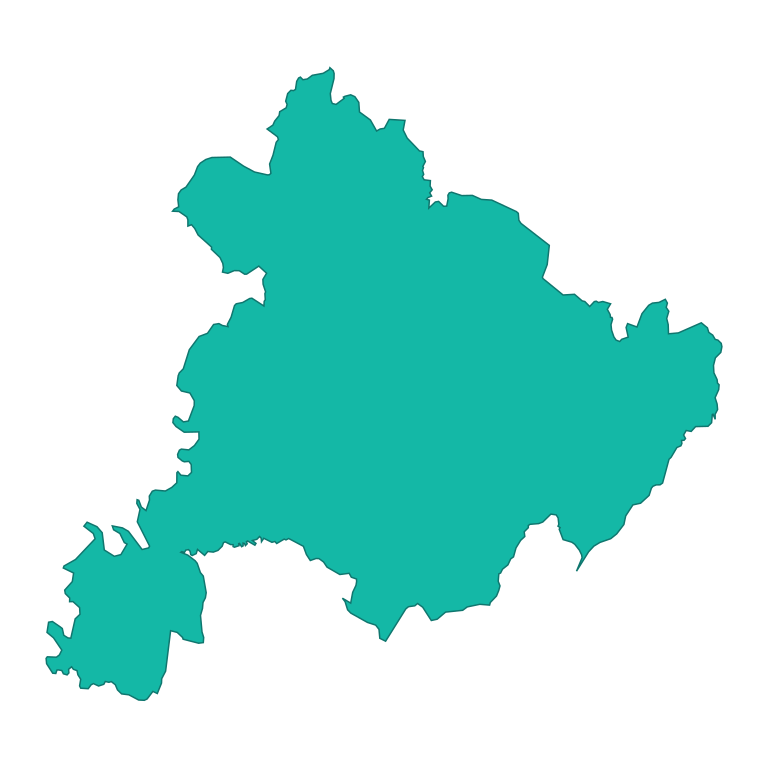 Coatzingo, Puebla, Mexico (Natural Earth projection)
{"feature_id": "50627088B82635679663989", "entity_name": "Coatzingo", "entity_type": "district", "adm_level": 2, "iso_a3": "MEX", "parent_name": "Mexico", "parent_adm1": "Puebla", "projection": "natural_earth1", "projection_center": [-98.173, 18.574], "detail": "fine", "context": "isolated", "style": "filled", "palette": "teal", "viewbox_px": 768, "rotation_deg": 0, "n_neighbors": 0, "source": "geoboundaries", "source_scale": "gbopen_adm2", "svg_char_len": 6056}
<svg xmlns="http://www.w3.org/2000/svg" viewBox="0 0 768 768"><path d="M47.3,656.8L46.1,658.4L46.6,663.7L52.7,673.2L55.8,673.5L56.9,670.1L58.2,669.9L61.8,670.5L63.4,673.8L67.1,674.9L68.9,672.9L68.6,669.3L71.6,666.8L73.4,669.3L77.0,670.6L77.9,674.8L80.7,679.2L79.6,685.9L80.7,688.2L88.2,688.7L91.1,684.8L93.4,683.6L98.6,686.0L103.8,684.3L105.3,681.5L108.9,682.3L111.3,681.6L115.3,684.7L117.5,689.9L121.6,693.9L128.8,694.8L138.6,700.0L144.3,700.3L147.1,699.0L152.9,691.4L157.3,693.5L161.5,683.1L161.7,678.7L165.6,671.2L170.6,630.7L177.2,632.4L182.6,637.5L183.1,639.2L198.6,643.2L203.3,642.6L203.7,637.5L202.0,631.9L200.5,615.4L202.5,608.4L203.0,602.5L205.4,597.8L206.2,592.7L203.3,576.1L200.4,572.6L197.2,563.3L195.1,560.7L187.8,555.1L180.8,552.3L181.7,551.6L184.5,552.3L185.8,550.1L188.5,549.6L190.1,551.3L190.7,554.6L192.2,555.5L196.2,553.6L197.5,549.4L204.6,555.4L207.8,551.5L213.3,552.1L218.0,550.4L222.2,546.2L223.5,542.6L225.2,541.9L230.7,544.6L233.1,544.6L233.1,546.6L234.5,547.2L239.0,545.7L238.7,543.6L239.5,543.4L241.6,546.7L243.1,545.9L243.1,543.1L244.5,543.5L245.4,545.6L247.2,543.8L246.4,541.7L247.6,541.0L254.9,545.2L256.0,543.4L252.4,540.5L256.9,539.3L259.6,536.5L261.2,538.2L261.5,541.7L263.8,538.3L271.9,542.3L274.9,541.5L276.7,543.5L284.2,539.1L286.0,539.9L288.7,538.5L303.4,546.3L306.4,554.5L310.3,560.5L316.0,558.5L319.0,558.6L323.6,562.0L327.0,567.1L339.8,574.5L349.2,573.3L351.3,577.2L356.5,579.0L356.6,581.6L356.0,585.3L352.7,592.3L350.7,603.1L342.4,598.2L345.1,601.7L347.6,609.8L350.8,613.1L367.4,622.4L375.7,625.1L379.0,629.4L379.8,638.3L385.6,641.2L405.8,608.9L408.5,606.7L414.8,605.8L417.6,603.5L422.7,607.2L431.3,620.5L437.2,619.2L445.6,612.1L462.7,610.3L467.3,606.9L479.8,604.3L489.6,605.1L490.3,602.5L496.5,596.0L498.7,590.6L500.0,585.9L498.2,581.3L498.8,573.9L500.6,573.0L502.5,569.2L507.9,564.9L510.7,558.9L513.5,556.9L516.0,547.9L520.6,540.4L524.8,536.5L524.2,531.8L528.3,527.7L528.3,525.5L530.1,524.3L538.7,523.6L542.8,522.0L550.9,514.1L556.2,514.9L558.1,517.9L558.8,524.3L558.0,526.2L560.1,527.6L559.2,529.2L563.1,539.6L571.8,542.2L574.8,544.3L579.4,550.2L581.6,554.8L582.1,557.7L576.5,571.2L588.6,551.8L593.9,546.1L600.0,542.4L610.7,538.7L616.7,533.9L623.9,524.5L625.7,515.9L632.9,504.9L640.6,503.2L649.1,495.4L651.4,488.2L652.9,486.3L656.1,484.9L660.1,484.8L662.6,483.0L669.0,459.3L671.1,457.3L676.9,447.5L680.9,445.8L681.9,443.5L681.5,440.4L684.0,440.3L685.5,438.6L683.6,435.0L686.2,430.5L691.2,431.4L695.6,426.6L708.0,426.3L711.6,422.7L712.3,414.5L713.0,414.2L715.2,419.3L715.1,414.4L717.6,409.5L717.1,404.0L715.1,397.7L718.7,389.6L719.1,384.8L717.5,383.1L717.1,379.6L713.9,372.8L713.5,365.4L715.4,357.8L720.8,352.4L721.9,346.7L721.2,343.3L717.9,340.1L715.2,339.4L712.7,335.1L708.8,332.4L707.4,327.8L701.3,322.8L678.4,332.9L668.5,333.8L668.2,324.6L666.7,318.5L668.8,311.3L666.2,307.4L667.4,303.1L665.3,299.3L659.0,302.4L652.4,303.1L648.7,305.3L642.0,313.6L637.0,327.0L627.6,323.6L626.1,327.5L628.2,337.1L621.7,339.3L619.7,341.5L616.1,340.1L613.9,336.9L611.6,330.2L611.0,324.7L612.6,319.2L612.0,317.5L610.5,317.3L610.1,314.5L607.3,309.3L610.6,303.8L602.8,301.5L598.4,302.5L596.2,301.2L594.3,301.6L589.7,306.5L584.8,301.5L582.2,300.9L574.5,294.3L563.1,295.0L543.0,278.6L542.4,277.2L547.2,264.6L549.3,245.4L521.0,223.4L518.9,220.3L518.3,213.3L516.4,211.6L491.8,200.1L481.3,199.4L472.4,195.4L461.8,195.6L451.6,192.2L449.3,192.9L447.9,195.2L448.1,198.8L446.7,206.1L443.6,206.3L438.6,201.4L435.3,202.0L428.8,208.1L429.4,200.1L426.5,199.3L427.9,197.6L431.6,196.1L429.7,192.8L432.2,189.8L430.1,186.1L430.4,180.6L424.1,179.8L422.3,176.6L423.7,174.4L422.5,170.4L423.5,167.5L422.8,166.5L425.4,161.5L423.3,156.5L423.0,151.7L419.4,150.9L407.2,138.1L403.2,130.0L405.0,120.4L389.2,119.4L384.4,128.3L380.1,129.0L376.6,131.0L370.4,120.0L359.5,112.0L358.8,102.4L354.9,96.7L350.7,94.8L344.9,96.3L343.4,97.1L344.2,98.3L336.1,104.4L332.3,103.5L331.0,100.3L330.3,93.6L334.0,78.6L334.1,73.5L333.3,70.8L329.9,67.7L329.3,69.6L323.2,73.3L312.3,75.3L307.3,79.0L302.9,79.7L300.4,77.1L298.6,78.0L296.7,81.3L295.5,89.4L293.6,90.6L290.9,90.3L287.7,93.5L285.7,101.2L287.1,104.4L286.2,107.8L279.7,111.7L279.1,115.6L274.7,121.1L272.9,125.1L267.1,129.0L277.5,136.8L278.4,139.5L276.2,142.3L273.0,155.2L269.6,164.0L270.9,173.3L269.3,174.8L267.4,174.9L254.5,172.0L243.7,166.2L230.3,157.1L211.9,157.5L205.8,159.5L200.3,163.1L197.6,166.6L194.4,175.0L186.0,187.1L181.2,189.9L178.5,193.7L177.9,199.8L178.7,206.8L174.2,209.1L172.6,211.2L179.0,211.5L186.8,216.9L187.9,219.8L187.9,226.1L191.5,224.7L194.7,228.4L198.1,235.0L211.6,247.1L211.4,249.3L220.0,257.5L222.8,263.4L223.4,267.6L222.5,272.1L227.8,273.3L234.3,270.6L239.3,270.7L244.6,274.2L246.7,274.1L258.8,266.1L266.6,273.2L262.9,279.4L263.1,284.2L265.6,291.9L264.9,293.6L265.3,299.7L264.2,301.3L263.9,306.0L251.9,298.2L249.7,298.5L242.7,302.5L236.2,303.8L234.5,305.6L231.1,317.2L227.4,324.4L228.0,326.6L222.4,325.5L218.9,323.6L213.6,324.5L207.5,333.3L199.1,336.5L189.3,349.7L183.3,368.8L179.3,372.9L178.2,375.7L176.8,385.5L181.4,391.0L189.9,393.0L194.3,400.7L194.2,405.6L188.4,421.0L183.4,421.9L178.0,417.3L175.3,416.2L173.3,418.7L172.9,422.6L176.0,426.5L184.2,432.2L198.9,431.9L199.0,439.2L194.4,445.6L188.8,449.9L181.3,449.1L179.4,450.2L177.6,454.4L178.0,457.4L182.2,460.9L184.3,461.8L188.9,461.4L191.2,464.5L191.5,472.4L187.9,475.9L180.9,475.2L177.9,471.6L176.9,472.7L176.8,482.8L171.8,487.4L165.4,491.0L155.4,490.1L152.3,491.2L149.3,496.1L149.5,500.1L146.0,510.6L141.3,507.0L138.8,500.3L137.1,499.7L136.8,503.4L140.0,509.4L137.3,521.8L149.6,546.1L148.6,547.9L142.1,549.5L128.4,531.3L122.5,527.9L112.3,525.9L113.6,529.8L119.9,533.5L124.3,542.6L127.1,544.1L120.9,554.6L114.3,556.3L104.3,550.0L102.2,532.7L97.0,526.7L87.1,522.2L83.9,526.2L93.3,533.5L95.1,538.8L75.5,559.5L64.0,566.0L63.3,568.0L73.6,573.0L72.3,581.6L64.7,590.1L65.3,593.6L69.7,598.0L69.6,601.7L73.0,601.6L79.6,607.6L80.0,614.3L75.2,618.8L70.8,638.2L67.9,637.9L63.8,635.3L62.3,628.5L60.1,626.8L52.4,621.5L48.6,622.2L47.0,632.4L53.5,637.8L61.8,650.1L59.4,654.9L56.4,657.2L47.3,656.8Z" fill="#14b8a6" stroke="#0f766e" stroke-width="1.5"/></svg>